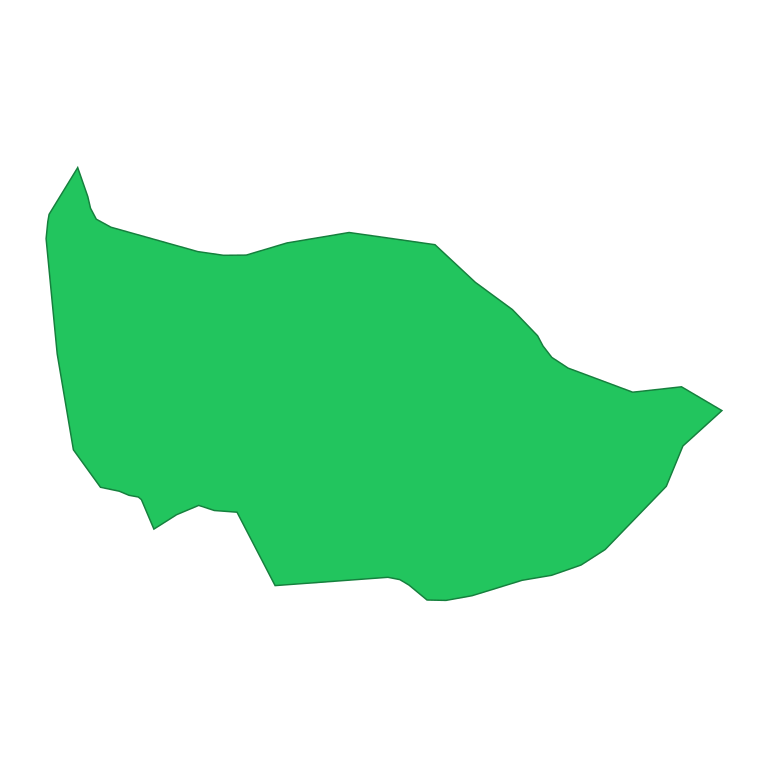 SVG path tracing the border of Zug
{"feature_id": "CHE-177", "entity_name": "Zug", "entity_type": "Canton", "adm_level": 1, "iso_a3": "CHE", "parent_name": "Switzerland", "parent_adm1": "", "projection": "robinson", "projection_center": [8.52, 47.166], "detail": "fine", "context": "isolated", "style": "filled", "palette": "green", "viewbox_px": 768, "rotation_deg": 0, "n_neighbors": 0, "source": "natural_earth", "source_scale": "10m", "svg_char_len": 711}
<svg xmlns="http://www.w3.org/2000/svg" viewBox="0 0 768 768"><path d="M153.9,529.1L141.4,499.6L138.3,497.0L129.0,495.3L119.2,491.2L100.5,487.3L73.4,449.8L57.2,353.9L46.1,238.7L47.8,221.7L49.1,214.3L77.7,167.6L87.8,196.6L90.5,208.2L96.3,219.2L110.9,227.2L197.8,251.6L223.5,255.3L246.2,255.1L287.1,242.9L349.1,232.5L435.0,244.7L475.4,282.4L512.5,309.7L537.6,335.8L543.0,346.0L551.8,357.4L568.1,368.1L632.7,392.2L681.5,386.8L721.9,410.6L682.9,446.0L666.3,486.3L605.2,549.5L581.1,565.0L551.6,575.3L522.1,580.3L472.1,595.7L446.0,600.4L427.0,600.0L409.0,585.1L399.8,579.6L387.9,577.3L275.1,585.6L237.0,512.2L214.3,510.5L198.7,505.4L176.6,514.7L153.9,529.1Z" fill="#22c55e" stroke="#15803d" stroke-width="1.5"/></svg>